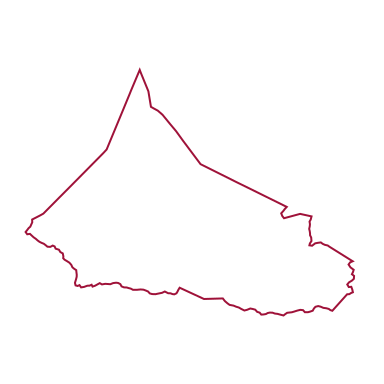 Conceição do Coité, Bahia, Brazil (orthographic projection), rotated 92°
{"feature_id": "56859067B37601452746614", "entity_name": "Conceição do Coité", "entity_type": "district", "adm_level": 2, "iso_a3": "BRA", "parent_name": "Brazil", "parent_adm1": "Bahia", "projection": "orthographic", "projection_center": [-39.2, -11.517], "detail": "fine", "context": "isolated", "style": "outline", "palette": "rose", "viewbox_px": 384, "rotation_deg": 92, "n_neighbors": 0, "source": "geoboundaries", "source_scale": "gbopen_adm2", "svg_char_len": 2516}
<svg xmlns="http://www.w3.org/2000/svg" viewBox="0 0 384 384"><g transform="rotate(92 192 192)"><path d="M255.6,29.0L241.8,52.9L240.7,54.5L240.2,57.3L239.3,59.5L237.9,61.5L238.4,64.4L239.0,67.1L241.5,70.1L241.2,72.8L239.3,72.4L236.8,70.9L233.3,71.3L231.1,72.5L229.1,72.6L226.9,73.0L224.8,73.6L222.0,73.1L220.0,73.0L217.5,73.5L215.4,72.4L212.2,71.7L210.1,83.2L215.0,99.1L212.9,100.9L210.2,102.1L207.7,100.0L205.8,98.7L203.6,96.8L189.9,127.1L180.7,147.6L163.9,184.4L141.3,202.6L131.8,210.0L124.9,216.2L115.9,224.1L111.9,229.0L109.7,233.4L108.3,236.0L92.9,239.1L74.9,247.2L71.8,248.5L92.8,256.5L96.4,257.8L113.3,264.1L152.5,278.8L156.1,281.9L185.3,308.8L200.0,322.4L201.8,324.1L218.8,339.8L220.8,343.1L225.1,350.8L227.9,350.6L229.8,351.4L232.3,352.4L233.8,354.0L235.8,355.4L237.8,356.9L240.0,355.2L239.5,352.5L241.0,350.8L242.8,348.7L244.3,346.4L245.8,344.6L247.1,342.7L248.1,340.5L248.9,338.3L250.4,336.2L251.7,334.6L251.8,331.7L250.4,329.3L251.2,327.4L253.4,326.3L254.3,323.0L256.6,321.5L257.9,319.0L260.8,318.3L262.7,318.4L264.1,317.0L265.3,314.8L266.9,312.1L269.0,310.1L271.4,308.9L272.9,307.0L274.1,305.0L276.2,304.7L278.7,304.3L280.8,304.3L283.1,304.8L286.9,305.8L289.4,305.1L289.9,303.0L289.0,301.2L291.2,299.5L290.6,296.5L289.3,293.3L289.2,291.2L288.2,289.1L290.0,288.1L289.0,285.5L287.6,283.2L286.3,281.0L287.5,278.8L286.8,275.5L286.9,272.8L287.0,270.4L285.8,267.7L285.3,264.7L285.5,262.6L286.6,260.4L288.8,259.1L289.7,256.6L289.7,253.9L290.2,252.1L290.7,249.8L291.8,247.6L291.7,243.9L291.2,240.1L291.3,237.1L292.2,234.4L293.0,232.4L294.8,230.7L295.4,228.3L295.4,225.0L294.4,220.9L293.8,218.4L292.4,215.7L294.0,212.3L294.0,209.9L294.7,208.0L294.9,206.1L293.8,204.0L292.2,203.1L290.2,202.2L288.1,201.0L298.5,176.3L297.3,157.5L299.9,155.3L302.0,152.7L303.5,150.5L304.1,146.5L305.1,143.9L305.8,141.2L307.1,138.8L308.6,135.5L307.8,132.8L306.4,129.7L306.8,127.2L307.4,124.7L309.5,122.7L310.2,120.2L312.1,118.5L311.9,116.3L311.4,113.9L310.3,112.1L309.8,110.0L309.8,107.4L310.6,104.9L310.8,102.3L311.6,99.0L312.2,96.2L310.9,94.7L309.4,92.7L309.1,90.7L308.7,88.0L307.9,85.6L306.9,82.8L306.0,79.7L306.2,76.9L308.2,75.0L308.1,72.0L307.5,70.0L306.4,67.2L304.2,66.1L302.4,64.6L301.6,61.9L302.1,59.5L303.2,56.7L303.5,53.7L304.1,51.2L305.2,49.6L305.8,47.6L288.8,33.4L288.6,31.2L287.4,29.5L286.6,27.7L283.9,28.4L281.2,29.5L281.5,32.0L279.0,33.6L276.8,31.9L275.0,29.1L273.1,27.2L270.2,27.1L268.6,29.3L266.6,28.4L264.1,27.7L261.8,31.0L259.0,33.0L256.8,31.5L255.6,29.0Z" fill="none" stroke="#9f1239" stroke-width="2"/></g></svg>